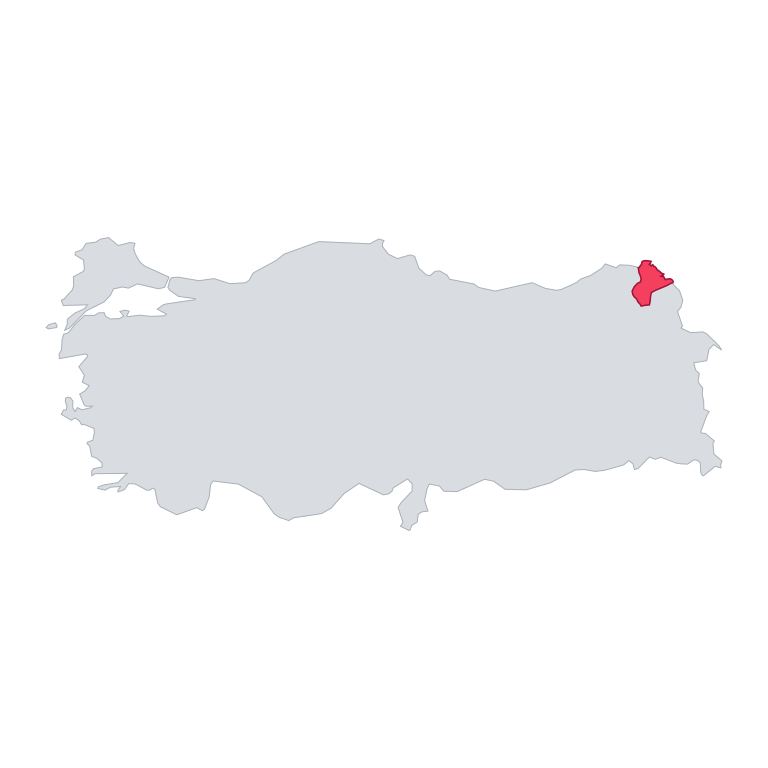 location of Ardahan within Turkey
{"feature_id": "TUR-4839", "entity_name": "Ardahan", "entity_type": "Province", "adm_level": 1, "iso_a3": "TUR", "parent_name": "Turkey", "parent_adm1": "", "projection": "equal_earth", "projection_center": [42.828, 41.094], "detail": "fine", "context": "in_parent", "style": "filled", "palette": "rose", "viewbox_px": 768, "rotation_deg": 0, "n_neighbors": 0, "source": "natural_earth", "source_scale": "10m", "svg_char_len": 4756}
<svg xmlns="http://www.w3.org/2000/svg" viewBox="0 0 768 768"><path d="M605.3,263.9L616.2,267.8L619.8,264.9L629.8,265.3L638.7,267.4L643.6,261.1L650.0,261.8L651.1,265.0L654.1,266.2L663.4,274.4L662.3,275.5L664.6,278.5L672.6,280.5L673.4,284.7L679.6,290.9L682.8,300.5L680.9,307.3L677.5,311.5L682.5,326.1L680.9,328.0L690.7,332.7L702.9,331.9L706.9,334.0L718.8,345.6L721.7,350.1L713.6,344.6L709.0,349.3L706.7,360.7L693.7,362.8L695.7,370.2L699.3,373.6L698.1,380.7L699.1,383.5L702.7,388.1L702.2,394.4L703.7,401.1L703.8,409.2L709.2,411.6L706.8,415.4L700.8,431.7L701.3,433.0L705.3,433.4L714.4,441.0L712.9,443.5L714.0,454.0L721.9,460.9L720.7,464.4L720.9,467.9L715.2,466.3L703.6,475.7L702.3,475.5L700.7,472.2L700.3,462.8L697.5,460.3L693.9,459.8L687.6,464.1L681.8,463.9L676.1,463.1L660.9,457.2L655.3,459.3L649.4,457.0L638.0,468.6L634.5,469.5L632.9,463.8L628.9,460.6L623.8,464.9L604.2,470.4L595.2,471.4L584.2,469.5L575.1,470.0L550.2,482.9L526.4,489.8L505.1,489.3L493.6,481.2L484.6,479.3L457.2,491.6L443.8,491.2L439.5,486.1L429.4,484.0L427.0,488.9L424.6,500.5L427.9,511.1L422.1,511.8L418.3,514.1L417.1,522.2L411.8,525.3L409.9,530.3L408.9,530.4L400.5,526.3L403.0,522.4L398.1,507.5L400.9,502.9L412.2,490.9L412.1,483.8L407.6,478.9L393.3,487.8L392.0,491.2L388.7,493.8L383.5,494.9L359.0,483.4L344.1,493.5L331.1,508.2L321.5,513.6L293.7,517.8L288.8,520.6L279.5,517.5L274.0,513.6L261.9,496.8L238.4,484.1L213.1,481.0L210.7,484.3L209.1,497.2L204.4,509.4L202.3,510.7L196.8,507.6L176.8,514.8L160.5,506.8L157.8,503.4L154.8,489.2L152.4,488.2L149.6,490.2L146.8,490.1L135.2,484.0L128.7,483.6L124.5,489.6L118.0,492.0L117.9,490.3L120.6,486.5L110.5,487.2L105.0,490.1L97.8,488.4L98.4,486.7L104.4,484.8L118.0,482.6L127.2,473.3L95.0,473.7L91.8,475.8L91.7,470.9L93.6,468.6L102.2,466.9L101.9,462.8L97.0,458.5L91.6,456.2L89.7,446.1L87.0,443.5L87.5,442.1L92.8,440.3L94.4,432.9L94.0,428.4L83.9,424.4L81.6,424.8L79.3,420.8L75.1,418.0L71.3,420.3L61.3,414.3L63.6,409.9L66.1,410.0L66.9,406.6L65.3,400.9L65.7,398.0L68.0,397.2L70.5,397.7L72.9,401.1L72.7,407.6L75.2,411.5L77.4,407.6L82.0,409.8L90.6,407.8L92.4,406.1L86.2,406.3L84.0,404.7L79.7,394.0L85.1,390.9L89.2,385.7L82.4,382.2L84.3,375.0L78.8,366.7L87.7,356.3L87.4,354.7L84.9,354.1L59.3,358.6L59.2,353.8L61.5,349.8L62.1,339.7L63.6,334.3L68.4,332.7L74.7,324.7L84.7,315.3L94.4,315.5L98.4,312.9L104.2,312.7L105.6,316.4L110.4,319.0L119.4,318.6L123.8,316.1L120.0,311.5L125.1,310.1L129.1,311.2L126.6,316.2L127.8,316.7L139.4,315.2L151.3,316.4L164.6,315.8L166.4,314.2L157.3,309.1L163.6,304.6L167.1,303.8L195.1,299.7L195.3,298.7L178.5,296.4L170.1,290.5L167.9,287.3L170.1,279.5L172.1,277.5L178.3,277.2L198.9,280.7L214.0,278.6L230.0,283.7L245.6,282.7L249.0,280.4L253.3,272.9L276.0,260.6L284.0,254.2L318.8,241.6L369.8,243.8L378.9,239.0L384.0,240.6L382.4,243.8L382.6,246.8L388.4,254.2L397.4,258.6L410.1,254.9L414.7,256.3L418.8,268.1L426.4,275.0L430.1,275.6L435.0,271.4L439.6,270.9L447.0,275.0L449.5,279.2L473.9,284.0L478.8,287.5L495.3,291.1L532.1,282.7L545.4,288.4L556.6,290.3L561.4,289.4L576.3,282.7L581.0,278.9L590.3,275.6L601.9,268.2L605.3,263.9ZM135.0,243.3L133.6,248.5L135.4,254.2L140.0,262.2L144.9,266.2L169.0,277.1L164.7,287.3L158.5,288.8L137.5,283.9L128.5,288.1L122.4,287.0L113.5,288.9L110.6,295.0L104.0,302.0L86.3,310.8L69.4,328.1L64.7,330.3L67.2,324.4L67.4,319.2L74.7,313.2L84.6,308.6L87.5,304.8L63.2,305.5L61.3,300.2L63.9,299.2L72.5,289.7L73.6,285.9L73.5,276.7L83.4,271.4L84.4,269.2L83.6,260.1L75.0,254.8L75.4,252.2L82.0,249.8L86.2,243.4L95.7,242.2L100.3,239.2L108.6,237.6L118.1,245.5L130.3,242.5L135.0,243.3ZM56.7,327.5L48.5,328.9L46.1,327.5L48.8,324.7L55.3,322.8L57.1,325.6L56.7,327.5Z" fill="#d9dde1" stroke="#a8b0b8" stroke-width="1"/><path d="M645.5,260.6L650.4,261.1L651.1,261.4L650.8,261.8L650.7,262.3L650.6,262.7L650.5,263.1L650.2,263.5L649.5,264.0L649.2,264.5L650.1,265.0L650.8,265.7L651.4,265.9L652.3,265.0L652.8,264.7L653.0,265.0L653.2,265.5L653.5,266.1L653.8,266.2L654.8,266.6L655.0,266.8L655.1,267.0L655.3,267.1L655.6,267.3L655.9,267.6L656.9,269.5L657.5,270.1L660.0,271.8L661.7,273.3L662.8,273.8L663.8,273.9L663.9,274.1L663.4,274.8L662.9,275.2L661.0,276.2L662.0,276.5L662.7,276.4L663.4,276.5L664.1,277.3L665.0,279.3L665.5,279.7L668.7,278.8L669.7,278.7L670.8,279.0L671.8,279.6L672.7,280.5L673.2,281.5L672.8,282.7L670.6,283.5L667.0,285.5L661.3,287.9L655.6,290.3L651.4,292.5L650.6,296.1L650.1,301.6L649.4,304.9L645.2,305.3L641.1,306.1L640.1,304.2L638.7,302.8L637.6,301.3L636.9,299.5L635.9,298.2L634.6,297.3L632.8,294.6L632.1,291.1L634.3,286.7L637.4,283.4L640.3,282.0L641.2,278.8L640.2,275.6L639.6,274.0L639.3,273.5L638.9,272.4L638.7,270.5L638.2,267.8L638.6,267.8L639.3,267.3L640.4,265.8L641.1,265.0L641.5,264.2L641.8,262.4L642.2,261.6L642.9,261.1L643.1,261.0L643.8,260.8L645.5,260.6Z" fill="#f43f5e" stroke="#9f1239" stroke-width="1.5"/></svg>